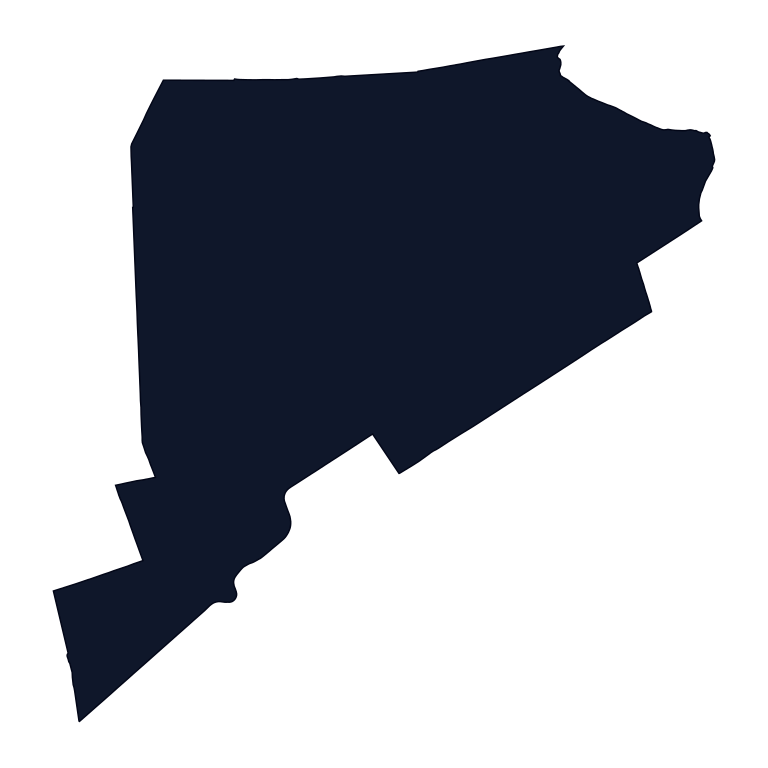 Priseaca, Olt, Romania
{"feature_id": "2599482B1273612422996", "entity_name": "Priseaca", "entity_type": "district", "adm_level": 2, "iso_a3": "ROU", "parent_name": "Romania", "parent_adm1": "Olt", "projection": "albers", "projection_center": [24.461, 44.502], "detail": "fine", "context": "isolated", "style": "filled", "palette": "ink", "viewbox_px": 768, "rotation_deg": 0, "n_neighbors": 0, "source": "geoboundaries", "source_scale": "gbopen_adm2", "svg_char_len": 5933}
<svg xmlns="http://www.w3.org/2000/svg" viewBox="0 0 768 768"><path d="M53.4,591.0L68.2,653.3L67.9,653.6L67.4,654.2L67.2,654.9L67.1,655.9L67.4,657.0L68.2,659.3L68.8,661.7L69.9,663.5L70.2,664.8L70.8,667.1L71.4,669.5L72.0,671.7L72.2,672.6L72.4,677.4L72.8,680.9L73.2,684.7L74.1,687.8L74.7,691.1L79.1,721.6L79.0,721.8L95.0,707.7L97.4,705.6L105.6,698.4L111.6,693.1L117.6,687.7L126.8,679.6L133.5,673.6L146.2,662.4L162.4,648.0L177.4,634.7L183.4,629.4L186.1,627.0L189.5,624.0L192.6,621.2L198.7,615.8L204.8,610.4L208.5,606.8L209.6,605.7L210.6,604.9L211.5,604.2L212.1,603.8L213.0,603.2L214.0,602.7L215.3,602.2L216.4,601.9L218.1,601.6L219.5,601.6L220.4,601.6L222.7,601.9L225.1,602.2L226.4,602.2L227.7,602.1L229.3,602.2L230.1,602.1L231.0,601.9L231.7,601.7L232.4,601.4L233.0,601.0L233.8,600.4L234.6,599.6L234.8,599.2L235.0,599.1L235.4,598.5L236.0,597.3L236.2,596.7L236.4,596.1L236.5,595.6L236.6,595.1L236.6,594.1L236.6,593.6L236.4,592.7L236.2,591.7L235.3,589.0L234.4,586.7L234.2,586.1L234.0,585.5L234.0,585.1L233.8,584.1L233.6,584.1L233.6,583.9L233.7,583.5L233.6,582.5L233.6,581.7L233.7,581.1L233.8,580.3L234.1,579.2L234.4,578.4L234.8,577.6L235.3,576.7L235.8,576.0L236.7,574.7L238.4,572.6L240.8,569.7L241.8,568.6L242.9,567.5L243.6,566.9L244.1,566.6L245.1,566.0L248.6,564.0L250.0,563.4L250.9,563.1L252.1,562.7L253.9,561.9L257.2,560.1L257.8,559.7L259.5,558.8L260.1,558.5L261.0,557.9L262.3,556.9L263.8,555.7L269.7,550.8L271.6,549.1L273.3,547.7L281.2,541.1L283.8,538.8L285.2,537.3L286.3,535.8L287.5,533.9L288.4,532.3L289.1,530.6L289.7,529.1L290.1,527.9L290.4,526.5L290.6,525.1L290.7,523.8L290.7,522.5L290.7,521.4L290.5,520.2L290.3,518.6L290.1,517.6L289.9,517.1L290.0,516.9L289.7,515.9L288.9,513.5L287.8,510.7L286.0,505.7L285.3,503.6L284.6,501.7L284.4,501.0L284.2,500.0L284.1,499.1L284.0,498.3L284.1,497.4L284.1,496.6L284.2,495.9L284.5,494.8L284.9,493.6L285.1,493.1L285.9,491.6L286.6,490.7L287.1,490.1L287.5,489.6L288.0,489.2L288.7,488.5L289.3,488.1L291.3,486.7L296.5,483.4L304.7,478.1L311.0,474.0L315.0,471.5L324.6,465.2L347.2,450.6L369.2,436.2L372.7,434.0L373.4,435.2L398.8,473.1L399.0,473.4L399.5,473.3L413.6,464.7L419.5,460.9L429.7,453.5L430.5,452.8L433.6,450.8L435.9,449.7L438.6,448.1L448.2,441.8L453.3,438.6L460.0,434.4L460.3,434.2L473.1,426.4L489.8,415.6L524.1,393.4L524.3,393.3L542.7,381.5L578.2,358.5L591.0,350.0L600.6,343.8L608.2,339.1L621.7,330.4L635.0,322.1L644.2,316.0L651.2,311.9L651.5,311.7L651.4,310.8L650.7,308.7L650.3,307.0L650.0,305.8L649.3,303.5L649.0,302.2L648.3,300.2L647.8,298.4L647.2,296.5L646.7,294.9L645.7,292.0L645.0,289.6L644.5,288.0L644.2,286.8L643.6,284.6L642.3,280.8L641.6,278.8L640.8,276.0L639.7,272.1L639.1,270.4L638.9,269.3L638.0,266.9L636.7,263.0L683.6,232.7L701.6,220.8L700.3,218.7L699.3,216.2L698.7,207.9L698.7,204.6L699.4,198.8L700.9,192.8L702.2,190.2L705.5,181.1L711.5,170.8L712.8,167.8L712.3,166.2L713.3,163.8L713.7,163.0L714.4,161.2L714.6,159.5L714.0,156.2L713.3,153.4L713.2,152.3L713.0,151.0L712.6,148.9L712.2,147.4L711.9,146.1L711.6,144.7L711.2,143.2L710.9,142.0L710.4,140.3L710.0,139.2L708.8,136.9L710.2,135.8L709.9,135.2L709.3,134.4L708.5,133.6L707.5,133.2L707.1,132.5L706.0,132.4L704.9,132.7L704.3,133.2L702.7,133.1L701.6,132.8L700.3,132.4L699.3,132.2L698.1,131.8L697.0,131.1L696.0,130.6L694.4,130.7L693.1,130.3L691.7,130.0L690.7,129.9L689.7,129.9L687.4,130.2L685.9,130.6L684.5,130.7L683.0,130.7L681.8,130.7L680.6,130.6L675.5,130.4L672.7,130.1L671.1,129.9L668.8,129.5L667.8,129.4L666.3,129.7L664.2,129.9L663.5,129.9L662.7,129.7L662.0,129.6L661.1,129.3L659.7,128.8L657.5,127.9L656.2,127.5L653.5,126.3L650.9,125.0L648.1,123.9L645.7,122.7L644.6,122.4L643.7,122.0L642.8,121.8L642.3,121.6L641.8,121.4L641.0,121.1L640.3,120.7L638.7,119.9L638.0,119.5L637.1,119.0L633.6,117.2L631.8,116.3L627.7,114.3L626.6,113.8L624.2,112.3L622.5,111.5L621.4,110.8L620.1,110.2L618.8,109.5L616.7,108.3L615.9,107.9L615.0,107.5L610.2,105.7L607.5,104.9L604.9,103.8L601.9,102.6L599.0,101.5L598.4,101.3L593.2,99.0L591.5,98.4L590.5,97.8L588.1,96.6L587.7,96.4L587.0,95.9L585.5,94.9L583.6,93.3L581.9,91.9L579.4,89.7L576.3,87.2L569.7,81.8L568.4,80.7L568.6,80.5L567.9,80.1L566.9,79.4L565.0,78.4L563.6,77.6L562.7,77.2L562.3,76.8L561.7,76.3L561.2,76.0L560.8,75.8L560.4,75.7L560.4,74.7L560.1,73.8L559.7,72.8L559.2,71.6L559.1,70.8L559.2,69.8L559.7,68.8L559.9,67.9L560.2,66.9L560.5,65.9L560.8,64.7L560.8,64.0L560.8,62.2L560.5,60.7L560.0,59.4L558.7,58.5L557.5,57.4L557.3,56.8L557.4,56.1L557.7,54.3L558.4,53.5L559.1,52.1L559.5,51.1L560.3,49.9L561.9,47.9L563.4,46.1L560.5,46.4L556.8,47.1L553.4,47.7L537.9,50.4L529.6,51.8L521.8,53.2L515.3,54.3L508.1,55.6L499.4,57.1L492.4,58.3L485.4,59.4L472.3,61.8L466.9,62.8L460.9,64.0L456.0,64.8L454.7,65.1L449.8,65.9L443.0,67.2L434.9,68.5L429.2,69.4L423.2,70.5L418.0,71.3L417.7,72.1L344.9,76.3L341.3,76.0L336.8,76.4L334.1,76.9L332.7,77.0L320.1,78.0L311.9,78.5L305.7,78.9L298.9,79.2L296.8,78.5L292.0,79.3L288.0,79.7L282.5,79.7L274.3,79.8L269.7,79.7L262.4,79.7L255.7,79.9L247.4,79.8L240.0,79.6L237.2,79.4L234.6,79.0L233.8,80.4L163.4,80.2L154.0,98.4L150.6,105.1L146.4,113.6L143.6,119.9L136.6,134.1L131.7,143.9L131.0,146.8L131.2,156.4L131.5,162.4L133.3,207.3L132.7,207.4L136.2,294.3L137.0,311.4L137.4,323.7L137.7,330.6L138.1,339.1L138.6,350.6L139.1,364.0L139.6,375.9L140.3,393.5L140.5,400.8L141.0,407.4L141.1,414.5L141.6,426.6L142.2,437.1L142.2,440.4L142.4,442.7L144.1,447.8L145.6,452.6L147.2,455.9L148.8,459.5L150.4,464.2L152.2,468.7L153.7,472.6L155.5,477.4L152.3,478.0L148.7,478.8L145.8,479.3L143.5,479.8L140.0,480.3L136.2,480.9L133.5,481.5L125.3,483.2L121.4,484.1L115.6,485.3L116.2,487.0L117.2,490.2L117.9,492.2L118.9,495.4L119.4,496.6L120.2,498.8L121.2,500.8L122.1,503.0L123.5,506.9L125.3,511.7L127.1,516.4L128.9,521.1L130.3,525.4L133.5,534.4L135.3,539.5L136.6,543.0L140.0,552.4L141.4,556.2L143.0,560.6L139.6,561.8L133.7,563.8L127.5,566.2L118.8,569.1L113.7,570.8L108.9,572.6L103.7,574.3L89.8,579.2L88.3,579.6L86.0,580.4L82.5,581.6L75.4,584.0L53.4,591.0Z" fill="#0f172a" stroke="#020617" stroke-width="1.5"/></svg>